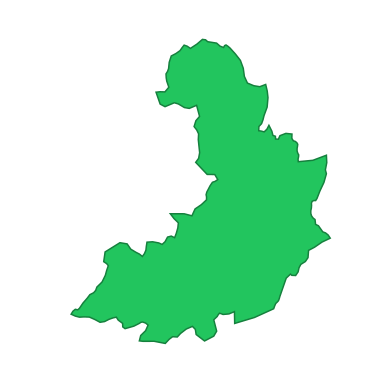 the border of North Chungcheong, rotated 171°
{"feature_id": "KOR-2494", "entity_name": "North Chungcheong", "entity_type": "Province", "adm_level": 1, "iso_a3": "KOR", "parent_name": "South Korea", "parent_adm1": "", "projection": "mercator", "projection_center": [127.84, 36.597], "detail": "fine", "context": "isolated", "style": "filled", "palette": "green", "viewbox_px": 384, "rotation_deg": 171, "n_neighbors": 0, "source": "natural_earth", "source_scale": "10m", "svg_char_len": 2838}
<svg xmlns="http://www.w3.org/2000/svg" viewBox="0 0 384 384"><g transform="rotate(171 192 192)"><path d="M107.6,95.5L112.4,92.2L121.6,75.0L122.5,73.0L123.6,71.1L125.1,69.9L126.7,68.8L128.2,66.5L129.6,63.9L149.9,58.3L170.4,55.5L168.8,67.2L174.6,65.8L180.5,66.2L182.2,67.2L183.8,68.0L185.3,66.7L186.6,65.1L190.5,62.4L189.4,50.7L193.1,46.2L202.9,42.9L210.2,50.6L210.2,55.8L212.6,59.2L219.0,57.6L225.4,54.1L229.2,51.1L233.8,52.1L237.6,50.1L242.1,46.6L252.8,50.5L263.8,52.2L267.3,53.2L265.1,58.3L259.5,62.3L256.2,67.4L258.3,69.8L261.1,71.3L262.8,71.3L264.5,70.5L270.4,68.6L279.5,67.5L281.5,69.6L281.1,73.1L284.9,77.0L286.3,80.2L289.8,80.0L294.0,79.2L298.6,77.7L303.2,77.7L307.8,81.2L312.9,84.5L317.9,85.5L322.8,86.0L326.7,87.7L330.5,90.2L328.2,92.9L325.6,94.4L323.3,93.5L321.4,94.7L317.0,99.4L312.1,103.5L308.9,106.6L304.9,107.9L302.5,109.9L300.8,113.0L294.9,117.2L290.6,123.3L288.6,127.8L286.2,132.3L287.5,134.6L290.1,137.0L287.2,146.4L271.1,153.2L264.2,150.9L261.4,145.1L256.8,141.2L253.6,138.9L251.1,136.1L248.6,138.6L246.6,141.8L245.6,145.5L244.3,149.5L238.7,149.0L232.8,146.9L229.7,144.9L226.4,147.1L223.2,151.3L219.4,151.7L216.3,149.6L214.0,153.6L211.6,158.8L210.3,163.7L213.9,168.5L216.8,173.9L203.1,171.7L195.8,168.5L191.6,174.8L184.8,178.0L178.9,182.0L178.4,184.9L178.5,187.1L177.4,189.6L173.1,195.4L170.3,198.4L167.4,198.9L164.6,200.3L166.8,205.7L174.3,207.0L183.7,220.7L180.2,224.2L178.3,229.6L177.6,242.7L176.4,248.4L177.6,252.5L179.7,256.3L177.0,261.8L172.7,265.5L173.9,276.9L181.6,275.0L186.3,276.6L191.7,281.1L195.5,282.9L205.3,280.5L209.7,283.8L211.9,296.2L207.8,296.0L203.1,295.1L198.5,299.1L199.6,305.5L199.6,308.8L199.2,312.7L197.3,314.9L195.8,317.6L194.2,323.7L191.2,329.6L186.4,331.2L181.7,333.5L179.2,336.1L176.8,338.3L174.0,336.8L171.1,334.1L164.0,337.3L157.8,341.1L154.8,340.2L153.0,338.0L144.4,335.2L141.5,331.7L138.2,329.8L136.9,331.5L135.4,331.9L133.6,330.2L131.9,328.2L127.5,321.4L123.6,314.4L122.0,306.2L122.2,298.0L120.2,290.9L114.3,287.3L108.6,285.4L102.4,286.7L101.9,279.9L102.2,273.3L104.5,264.1L108.9,256.2L110.6,252.2L112.6,248.6L115.7,246.2L116.5,242.1L114.0,241.3L111.3,240.1L108.1,242.4L105.6,245.8L103.6,239.5L103.2,235.2L100.9,234.0L101.2,231.3L98.5,230.6L96.3,233.9L90.1,235.2L84.2,233.6L85.0,229.4L83.9,226.7L82.2,225.9L80.8,224.4L80.1,222.6L80.6,220.8L81.4,218.5L81.8,216.0L81.6,214.8L81.4,213.5L80.8,212.0L81.2,210.2L82.1,207.9L82.3,205.3L67.6,204.4L53.5,207.3L54.3,199.9L56.8,193.0L56.4,189.0L60.2,180.8L65.5,173.0L69.6,166.0L71.2,164.2L73.0,164.5L74.8,164.0L75.8,162.2L76.0,160.1L76.6,157.5L77.6,154.9L78.0,152.2L77.6,149.5L76.3,147.1L74.8,145.6L75.0,140.7L72.4,138.9L69.1,132.2L66.5,130.7L64.3,128.3L62.7,124.8L71.4,122.2L79.6,118.3L86.0,116.1L87.7,109.0L90.9,105.6L95.8,103.5L98.1,100.5L99.7,96.5L102.7,93.3L106.5,94.1L107.6,95.5Z" fill="#22c55e" stroke="#15803d" stroke-width="1.5"/></g></svg>